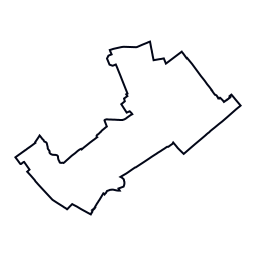 outline of Bragadiru, Ilfov, Romania
{"feature_id": "2599482B78210424721579", "entity_name": "Bragadiru", "entity_type": "district", "adm_level": 2, "iso_a3": "ROU", "parent_name": "Romania", "parent_adm1": "Ilfov", "projection": "orthographic", "projection_center": [25.978, 44.379], "detail": "fine", "context": "isolated", "style": "outline", "palette": "ink", "viewbox_px": 256, "rotation_deg": 0, "n_neighbors": 0, "source": "geoboundaries", "source_scale": "gbopen_adm2", "svg_char_len": 5236}
<svg xmlns="http://www.w3.org/2000/svg" viewBox="0 0 256 256"><path d="M109.8,50.0L109.9,50.3L110.1,50.9L110.3,51.4L111.3,53.7L111.6,54.4L109.5,55.2L108.4,55.7L108.3,56.0L107.0,58.5L107.2,59.1L107.8,60.4L107.9,60.7L109.5,64.6L109.9,64.8L112.5,65.7L113.1,65.6L113.6,65.4L115.8,64.5L117.2,67.7L117.9,69.5L120.5,75.9L121.9,79.5L127.5,93.6L126.2,94.3L126.4,94.6L127.4,96.1L124.1,98.5L124.4,99.8L124.8,101.3L122.4,103.3L121.3,104.2L123.6,107.8L126.7,112.6L128.9,111.6L129.7,111.3L131.5,113.1L132.3,114.2L130.6,115.1L128.9,116.3L128.6,116.5L126.8,117.8L126.4,118.1L125.5,118.8L123.8,119.6L122.6,119.9L122.5,120.0L122.1,120.0L120.5,120.0L120.1,120.0L118.9,119.9L118.1,119.9L116.5,119.8L115.0,119.7L113.4,119.7L111.9,119.6L111.7,119.6L110.9,119.5L109.9,119.5L109.3,119.5L108.7,119.5L107.4,119.4L107.2,119.3L106.6,119.3L105.0,119.8L104.5,120.3L104.8,121.3L105.9,124.1L106.8,126.5L106.6,126.6L104.0,128.8L101.8,130.6L100.6,132.1L100.0,132.4L99.4,133.2L97.9,134.5L97.4,134.6L97.0,135.2L96.6,135.7L96.6,136.0L96.8,137.2L97.0,137.3L94.3,139.4L93.0,140.3L91.3,141.6L90.1,142.5L86.4,145.5L83.6,147.7L81.7,149.4L81.3,148.8L80.5,149.1L80.1,149.3L79.4,149.7L78.7,150.2L78.0,150.7L76.9,151.6L76.7,151.8L75.1,153.2L73.5,154.4L71.9,155.6L71.2,156.2L68.1,159.0L66.6,160.3L64.9,161.9L63.8,162.8L63.5,163.0L62.6,162.7L62.1,162.8L61.3,162.9L60.5,162.8L59.9,162.6L59.6,162.2L59.4,161.3L58.9,160.7L58.4,159.5L58.2,158.7L58.0,157.6L58.0,156.6L57.9,156.2L57.2,155.4L56.4,155.1L56.0,155.0L55.5,154.9L52.8,154.8L51.5,154.4L50.5,153.8L49.9,153.2L49.5,152.6L49.6,151.4L49.4,150.8L49.0,150.5L48.8,150.0L48.4,149.5L48.1,149.1L47.9,148.8L47.7,148.2L47.7,147.0L47.4,146.0L46.9,143.7L46.6,142.9L46.2,142.5L45.8,142.1L44.4,141.6L43.7,140.6L43.4,139.8L42.5,139.2L42.1,138.6L40.0,135.9L39.6,135.5L39.4,135.9L38.9,136.7L35.1,142.3L35.4,142.9L34.7,143.4L34.4,143.6L34.1,143.8L33.7,144.1L33.4,144.3L32.8,144.8L29.5,147.2L29.4,147.2L29.0,147.5L28.7,147.8L28.3,148.0L28.0,148.2L27.6,148.5L27.3,148.7L26.9,149.0L26.5,149.4L26.2,149.6L25.4,150.1L24.9,150.4L24.8,150.6L24.5,150.8L24.3,150.9L24.2,150.9L24.0,151.1L23.8,151.3L23.5,151.5L23.2,151.7L22.8,151.9L22.5,152.2L22.2,152.4L21.9,152.6L21.6,152.8L21.4,153.0L20.5,153.6L20.0,154.0L19.7,154.2L19.1,154.6L15.4,157.3L15.8,157.9L16.9,159.3L18.3,161.2L19.6,163.0L20.3,163.9L20.6,164.0L21.0,164.0L21.2,163.8L21.7,163.5L22.8,162.6L23.7,162.0L24.1,161.9L29.5,169.6L27.2,171.7L30.9,175.7L34.7,180.1L35.1,180.6L35.3,181.2L36.9,182.9L37.2,183.3L39.2,185.5L42.8,189.4L48.1,195.1L50.9,198.1L52.5,199.8L53.1,200.2L55.7,201.9L58.2,203.5L60.6,205.0L62.2,206.0L62.7,206.3L64.4,207.5L65.4,208.0L66.5,208.8L67.1,209.3L67.4,209.1L68.0,208.4L69.9,206.4L70.5,205.8L71.0,205.3L72.2,204.1L73.8,205.0L75.0,205.6L77.1,206.7L78.4,207.5L80.9,209.0L81.8,209.5L83.6,210.5L85.1,211.3L86.9,212.3L87.8,212.8L88.0,212.9L90.8,214.4L91.8,212.6L92.0,212.3L91.8,212.2L92.8,210.3L92.2,210.0L92.9,209.4L93.1,209.3L93.4,209.6L94.5,208.6L94.3,208.2L94.9,207.7L94.7,207.6L94.9,207.2L95.5,206.1L96.3,204.8L96.9,203.7L97.9,202.3L98.7,200.9L98.9,200.7L99.5,199.8L103.4,193.3L103.8,193.5L104.1,193.7L104.6,194.4L105.1,193.7L105.9,193.0L106.2,192.5L106.3,192.3L106.9,191.1L107.2,190.9L108.5,190.5L109.4,190.1L109.9,189.9L110.5,189.8L111.1,189.8L111.3,189.7L111.9,189.7L112.8,189.6L113.4,189.7L114.7,190.0L116.5,190.4L118.1,190.6L119.7,190.6L118.5,188.5L123.6,186.6L124.2,184.8L124.4,183.8L124.4,183.3L124.4,182.7L124.4,182.4L124.4,182.2L124.4,181.9L124.2,181.4L124.0,180.7L124.0,180.1L123.8,179.6L123.7,179.3L123.5,179.0L123.1,178.7L122.1,177.8L121.3,177.3L120.5,176.9L123.0,175.4L126.3,173.5L128.5,172.0L129.5,171.3L132.5,169.2L135.2,167.4L135.7,167.4L139.5,164.9L143.8,162.1L149.5,158.3L151.5,156.9L152.6,156.2L153.2,155.8L155.4,154.4L156.7,153.6L157.3,153.1L159.1,152.0L160.9,150.9L161.6,150.4L162.5,149.8L164.6,148.5L165.0,148.2L165.7,147.7L167.1,146.8L168.3,146.8L171.2,144.7L172.4,143.9L172.5,143.8L172.5,143.7L173.2,142.5L176.3,146.2L177.8,148.1L180.2,150.5L183.7,153.9L185.8,152.1L192.4,146.4L195.2,144.0L201.4,138.8L204.0,136.6L206.1,134.8L206.1,134.7L208.0,133.1L209.3,132.2L209.6,131.8L210.4,131.0L210.5,130.9L210.9,130.6L212.1,129.6L214.5,127.7L219.1,123.9L222.3,121.4L227.5,116.9L236.1,109.3L237.8,107.9L238.9,107.0L239.6,106.5L240.6,105.6L234.9,98.8L234.8,98.7L233.8,97.4L233.5,97.1L233.2,96.7L231.5,94.7L231.4,94.6L229.6,96.1L230.4,96.9L229.5,97.6L229.7,97.8L227.0,99.9L226.9,99.7L224.6,101.5L224.5,101.4L223.9,101.9L222.8,100.4L222.1,99.7L221.5,99.1L220.3,97.9L219.3,98.5L219.2,98.3L218.8,97.7L218.3,97.9L218.1,98.1L216.7,95.6L216.0,95.1L215.6,94.9L215.0,94.8L214.4,94.0L213.9,93.5L213.5,92.8L213.1,92.3L212.1,90.9L211.7,90.4L211.9,90.3L209.2,86.7L207.2,84.3L207.0,84.0L204.8,80.9L203.0,78.6L201.3,76.5L200.6,75.6L199.0,73.4L191.8,63.6L191.6,63.4L188.4,59.5L187.9,58.9L187.2,58.0L186.7,58.4L183.1,53.4L182.4,52.6L181.8,51.9L181.7,51.7L166.2,63.4L165.9,63.6L163.8,58.4L161.4,58.9L159.3,59.2L153.6,60.2L152.8,56.3L152.6,55.4L152.5,54.6L152.0,52.2L152.0,51.8L151.8,51.1L151.8,50.9L151.8,50.7L151.5,49.5L151.4,49.1L150.0,41.6L149.4,41.8L147.9,42.4L147.1,42.8L142.6,44.6L137.1,47.0L136.6,47.1L136.2,47.2L123.7,46.8L122.7,46.9L121.9,47.0L120.4,47.3L117.7,47.9L113.3,48.9L111.5,49.5L110.2,50.0L110.1,49.9L109.8,50.0Z" fill="none" stroke="#020617" stroke-width="2"/></svg>